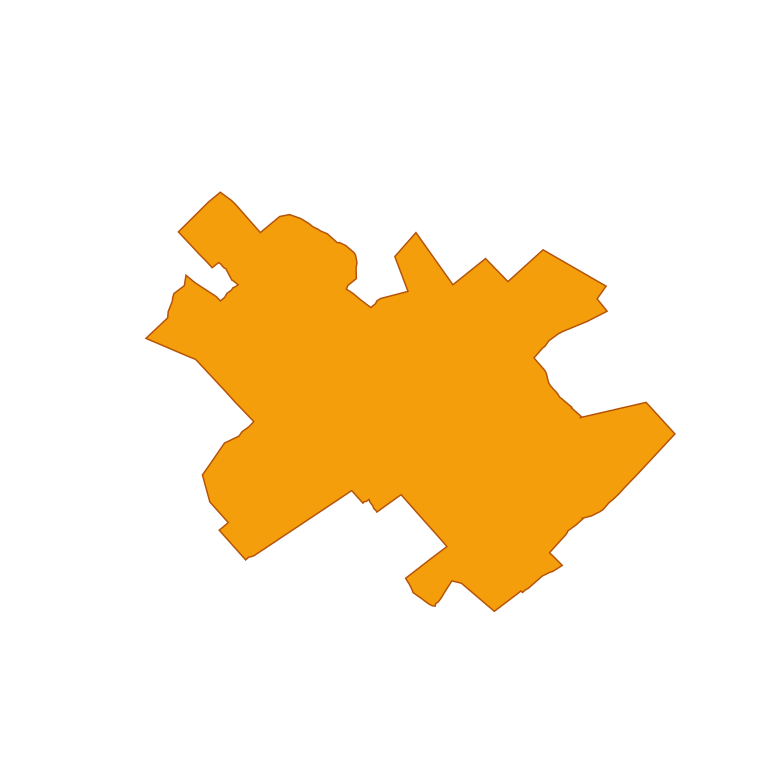 Suma, Yucatán, Mexico (Equal Earth projection), rotated 313°
{"feature_id": "50627088B85227012924618", "entity_name": "Suma", "entity_type": "district", "adm_level": 2, "iso_a3": "MEX", "parent_name": "Mexico", "parent_adm1": "Yucatán", "projection": "equal_earth", "projection_center": [-89.152, 21.109], "detail": "fine", "context": "isolated", "style": "filled", "palette": "amber", "viewbox_px": 768, "rotation_deg": 313, "n_neighbors": 0, "source": "geoboundaries", "source_scale": "gbopen_adm2", "svg_char_len": 2715}
<svg xmlns="http://www.w3.org/2000/svg" viewBox="0 0 768 768"><g transform="rotate(313 384 384)"><path d="M516.5,304.1L484.6,305.0L468.1,338.4L444.0,323.1L439.9,322.1L437.1,323.0L430.9,322.2L429.6,309.2L429.1,299.7L427.7,291.7L431.6,290.4L442.2,291.9L449.9,284.4L454.2,281.6L458.9,275.2L459.6,272.5L459.2,261.8L457.1,254.9L455.5,253.6L455.2,240.2L454.8,239.0L452.8,233.7L452.4,231.5L452.1,229.7L451.5,228.2L450.8,225.7L450.4,223.8L450.3,220.9L449.5,216.6L448.2,210.3L443.5,199.4L435.4,193.5L410.4,190.3L414.1,152.8L414.2,147.5L412.6,133.5L397.4,131.5L355.0,129.9L353.5,152.5L352.9,160.4L352.9,160.7L352.5,171.1L352.0,177.1L351.9,179.0L360.1,180.3L360.4,182.8L359.8,187.5L360.4,189.8L356.2,201.8L356.6,202.9L357.1,209.7L353.5,208.9L351.4,207.9L348.6,208.4L343.1,207.3L338.8,208.4L333.2,207.7L333.5,201.6L329.2,176.7L328.5,165.0L319.8,170.9L306.9,168.7L303.6,170.3L300.0,172.8L289.8,176.8L284.8,180.7L280.6,180.4L255.0,178.8L268.6,216.3L271.6,224.6L273.5,229.3L272.9,238.5L272.8,240.2L272.2,248.4L271.7,255.7L271.1,263.8L270.6,271.4L269.2,287.7L268.4,302.8L267.7,314.4L261.1,314.4L252.0,312.7L247.1,313.5L232.1,307.6L204.9,311.7L193.7,313.2L179.0,337.0L176.8,360.5L176.4,364.6L164.7,363.2L161.0,402.8L165.2,403.1L167.0,404.6L170.1,406.1L269.2,429.6L284.0,433.0L283.4,439.7L282.5,449.9L284.2,449.7L286.2,451.2L289.4,451.8L288.1,454.1L287.2,458.9L286.0,461.5L285.9,464.2L285.8,465.5L285.5,466.1L311.5,471.3L314.7,472.0L314.6,473.2L312.9,490.8L312.4,495.6L310.9,511.6L309.4,528.3L308.0,540.9L286.4,537.1L280.0,536.1L265.9,533.8L256.6,532.3L254.8,539.2L253.0,544.0L251.3,547.6L252.4,555.9L252.5,556.4L253.6,566.4L254.7,570.5L255.4,571.4L256.4,572.9L258.7,571.6L261.7,572.3L266.9,571.7L272.9,570.4L286.3,567.9L291.1,576.5L293.0,619.7L322.4,624.8L326.0,625.3L326.0,627.5L330.4,627.9L332.5,628.8L351.5,630.7L359.3,633.7L361.9,635.2L372.9,638.1L373.4,626.6L373.5,620.1L374.4,620.1L374.6,620.1L392.2,619.8L395.6,619.8L398.6,619.7L402.2,618.7L412.2,620.6L420.9,621.4L421.0,620.6L424.5,622.8L429.0,625.7L437.7,628.9L441.5,629.9L450.8,629.5L456.2,630.3L463.6,630.7L472.5,630.6L481.6,630.7L488.5,630.9L545.9,630.8L549.3,588.2L493.4,550.5L493.7,550.4L493.8,550.4L494.0,550.4L494.7,550.4L494.4,537.3L495.1,537.2L494.5,526.2L494.5,524.0L494.2,522.7L494.3,521.2L494.6,519.9L495.2,517.8L495.6,515.2L495.7,512.0L496.0,509.3L496.2,507.1L496.5,506.0L497.2,503.6L498.3,501.8L500.2,498.9L502.3,495.8L503.3,493.3L503.8,491.0L504.3,486.0L504.8,481.0L505.4,475.9L508.0,475.8L512.6,475.7L514.6,475.6L516.4,475.5L519.4,475.6L521.2,476.0L528.3,475.1L539.4,477.2L544.3,478.9L568.6,490.0L589.4,497.5L591.6,481.8L607.0,479.7L590.6,408.8L543.4,404.8L545.0,372.7L503.6,366.7L516.5,304.1Z" fill="#f59e0b" stroke="#b45309" stroke-width="1.5"/></g></svg>